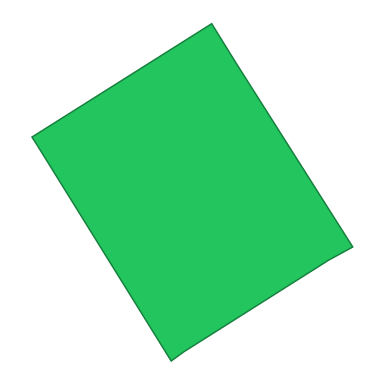 outline of Hayes, Nebraska, United States of America, rotated 58°
{"feature_id": "52423323B94723190981294", "entity_name": "Hayes", "entity_type": "district", "adm_level": 2, "iso_a3": "USA", "parent_name": "United States of America", "parent_adm1": "Nebraska", "projection": "equal_earth", "projection_center": [-101.069, 40.525], "detail": "fine", "context": "isolated", "style": "filled", "palette": "green", "viewbox_px": 384, "rotation_deg": 58, "n_neighbors": 0, "source": "geoboundaries", "source_scale": "gbopen_adm2", "svg_char_len": 271}
<svg xmlns="http://www.w3.org/2000/svg" viewBox="0 0 384 384"><g transform="rotate(58 192 192)"><path d="M105.0,86.3L59.7,86.1L60.6,298.6L69.7,298.5L324.3,299.2L323.2,283.5L322.2,112.0L323.8,84.8L105.0,86.3Z" fill="#22c55e" stroke="#15803d" stroke-width="1.5"/></g></svg>